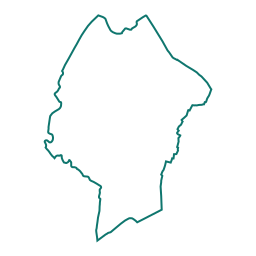 Don Phut, Saraburi, Thailand
{"feature_id": "78962969B98799129016302", "entity_name": "Don Phut", "entity_type": "district", "adm_level": 2, "iso_a3": "THA", "parent_name": "Thailand", "parent_adm1": "Saraburi", "projection": "robinson", "projection_center": [100.605, 14.605], "detail": "fine", "context": "isolated", "style": "outline", "palette": "teal", "viewbox_px": 256, "rotation_deg": 0, "n_neighbors": 0, "source": "geoboundaries", "source_scale": "gbopen_adm2", "svg_char_len": 5463}
<svg xmlns="http://www.w3.org/2000/svg" viewBox="0 0 256 256"><path d="M173.7,58.2L172.6,57.4L169.1,52.3L167.6,50.5L163.8,43.7L162.6,41.5L153.5,26.7L146.5,15.8L146.2,15.6L145.8,15.5L144.9,16.0L142.7,17.3L136.8,21.3L136.7,21.6L136.7,21.8L136.6,22.3L136.8,23.4L136.9,24.0L136.8,24.5L136.7,24.9L136.5,25.1L135.8,26.1L135.3,26.5L135.0,26.7L132.1,28.4L131.9,28.6L131.5,29.3L131.4,29.4L131.3,29.6L131.0,29.7L130.6,29.7L130.1,29.7L129.9,29.7L129.4,29.5L126.2,28.4L125.8,28.4L125.5,28.5L125.1,28.6L124.8,29.0L122.4,31.9L122.2,32.2L121.9,33.2L119.9,33.7L116.9,33.7L115.2,33.2L112.9,32.2L111.9,31.5L111.1,30.9L110.5,30.2L108.4,26.3L107.3,23.9L106.9,22.9L105.5,19.0L105.1,18.5L104.7,18.2L103.9,17.6L102.8,17.0L98.3,15.4L91.7,21.7L88.0,25.9L84.3,31.2L81.6,35.3L78.9,40.1L76.7,44.2L74.6,47.8L68.5,58.9L65.0,65.0L63.0,69.4L62.1,71.0L62.5,71.5L62.7,71.9L62.8,72.1L63.0,72.9L63.0,73.2L63.0,73.7L62.9,74.2L62.8,74.4L62.6,74.7L62.4,74.9L61.9,75.2L61.7,75.4L61.3,75.8L61.0,76.3L58.9,81.3L58.7,81.8L58.6,82.2L58.6,82.7L58.6,83.8L58.9,84.7L59.5,85.6L59.7,86.1L59.9,86.6L60.0,87.0L59.9,87.3L59.8,87.6L59.6,87.9L59.0,88.4L58.9,88.6L58.7,89.2L58.4,89.7L58.0,90.5L57.7,90.9L57.2,91.5L56.8,91.9L55.8,92.6L55.1,93.2L55.0,93.3L54.8,93.6L54.7,94.0L54.7,94.4L54.9,94.9L55.1,95.3L55.4,95.7L55.9,96.3L56.6,97.3L59.3,101.6L59.5,101.8L59.9,101.9L60.2,102.0L60.6,102.1L60.9,102.2L61.0,102.4L61.1,102.7L61.2,103.1L61.2,103.5L61.0,105.9L60.6,107.0L60.0,108.0L59.0,109.0L58.4,109.4L55.0,111.4L52.3,113.3L50.3,115.9L50.0,117.1L48.5,127.3L48.6,127.8L48.6,128.1L48.5,129.3L48.2,131.4L48.2,132.2L48.4,132.7L48.5,132.9L48.6,133.0L50.0,133.8L50.3,133.9L50.8,134.0L51.3,134.2L51.7,134.4L52.1,134.6L52.3,134.9L52.5,135.4L52.7,135.9L52.8,136.3L53.0,137.5L53.0,138.0L52.9,139.2L52.8,139.6L52.6,140.2L52.1,141.1L51.6,141.7L51.1,142.1L50.7,142.3L50.0,142.4L49.4,142.3L49.3,142.2L47.9,141.0L47.4,140.6L46.7,140.3L46.3,140.3L45.9,140.4L45.7,140.4L45.2,140.7L44.9,141.0L44.8,141.3L44.8,141.6L44.7,141.8L44.8,142.1L45.0,142.5L45.4,143.2L45.9,144.4L46.1,145.0L46.1,145.7L46.1,146.1L46.0,146.5L45.9,147.0L45.6,147.5L45.8,147.8L47.0,149.3L48.1,150.4L48.8,151.3L49.5,152.2L50.4,153.6L50.7,154.0L52.1,155.8L52.6,156.3L53.8,157.3L54.5,158.2L55.0,157.6L55.2,157.2L55.8,156.4L56.4,156.0L56.9,155.7L57.3,155.6L58.0,155.5L58.3,155.6L58.9,155.7L59.3,155.7L59.7,155.6L59.9,155.6L60.4,155.2L60.6,155.2L61.1,155.2L61.4,155.3L61.5,155.4L61.6,155.5L61.7,155.8L61.7,156.1L61.8,157.8L61.9,158.3L62.3,159.3L62.8,160.5L63.8,162.2L63.9,162.4L64.0,162.5L64.9,162.7L65.3,162.8L65.6,162.9L65.9,163.0L66.4,163.0L66.6,162.9L66.8,162.8L67.6,162.4L68.1,162.0L68.5,161.5L69.2,160.1L69.3,160.1L69.5,160.1L69.7,160.3L70.2,161.0L71.0,162.0L71.1,162.4L71.2,162.6L71.2,165.5L71.2,165.8L71.3,166.1L71.5,166.5L71.9,166.9L72.1,167.0L72.3,167.1L72.8,167.2L73.1,167.2L74.4,167.2L74.8,167.3L75.8,167.6L76.4,167.9L76.6,168.2L76.9,168.8L77.1,169.0L77.4,169.2L77.9,169.3L78.3,169.6L79.4,170.5L80.3,171.4L80.7,171.9L81.4,172.9L82.0,173.5L82.3,174.0L83.0,175.5L83.3,175.9L83.9,176.2L84.0,176.2L84.3,176.3L87.4,176.6L87.9,176.7L88.2,176.9L88.4,177.0L88.6,177.3L88.9,177.8L89.4,178.7L89.6,179.4L89.8,179.8L90.0,180.0L90.3,180.2L91.1,180.8L93.6,181.9L95.5,183.0L96.9,183.8L98.0,184.5L99.1,185.2L100.5,186.0L100.9,186.5L101.0,186.8L101.1,187.2L101.1,187.5L101.0,187.8L100.8,188.1L100.0,189.2L99.8,189.4L99.7,189.7L99.7,190.3L99.7,190.9L99.8,192.1L99.9,192.7L99.8,193.3L99.7,193.8L99.2,195.6L99.0,196.5L99.0,196.8L99.0,197.3L99.2,197.7L99.5,198.2L100.1,198.7L100.2,198.8L100.3,198.9L100.3,199.1L100.3,199.4L99.9,202.4L99.8,204.5L99.6,206.5L99.5,210.1L99.4,211.2L98.0,217.6L97.5,221.7L96.9,225.7L96.8,226.8L96.7,227.6L96.6,228.4L96.2,230.0L96.2,230.7L96.3,231.9L97.1,237.5L97.4,240.6L105.6,234.5L106.9,233.8L108.0,233.0L108.8,232.7L110.4,232.3L110.9,232.0L112.9,230.3L120.8,223.7L125.1,220.5L128.0,218.9L129.2,218.3L130.0,218.2L132.0,218.3L133.3,219.0L135.7,220.8L137.2,222.3L146.8,217.4L148.9,216.3L159.6,210.8L161.7,209.7L161.2,196.1L160.6,186.5L161.1,182.8L161.2,182.0L161.2,181.4L161.2,180.7L161.8,178.0L162.3,175.9L162.3,175.7L161.2,174.6L162.5,171.4L162.9,170.8L163.2,170.5L163.6,169.8L164.5,167.2L165.1,165.3L166.0,161.4L170.7,162.6L171.7,160.0L172.0,158.9L172.2,158.3L173.5,158.5L173.6,158.1L174.0,154.2L175.9,154.1L176.2,154.1L176.4,154.0L176.5,153.9L176.9,152.9L177.9,150.8L178.0,150.6L177.9,150.4L177.9,150.0L177.8,149.3L177.8,148.9L178.0,148.2L178.1,147.7L177.2,147.2L177.2,146.7L177.5,145.9L178.0,143.9L178.6,141.6L178.6,141.1L178.5,140.6L178.5,139.8L178.4,138.1L179.4,137.0L180.0,136.0L180.3,135.6L180.3,135.4L178.8,134.7L178.2,134.4L177.8,134.1L177.4,133.7L177.2,133.4L177.1,133.2L177.1,132.9L177.2,132.6L178.6,130.8L178.7,130.7L177.9,129.8L177.5,129.2L178.6,127.1L178.7,126.8L179.3,126.1L179.6,125.9L180.8,124.9L181.1,124.6L182.4,121.8L182.6,121.6L181.6,120.0L182.2,119.4L184.1,117.8L186.6,115.5L188.2,110.2L188.3,110.1L189.6,110.5L192.2,105.5L192.3,105.3L192.4,105.2L194.3,105.4L195.2,105.3L196.6,105.4L197.3,105.3L198.2,105.1L198.6,105.0L199.0,105.0L199.5,104.9L199.9,104.9L201.0,104.9L202.2,104.7L202.4,104.6L203.1,104.3L203.3,104.3L204.0,104.3L204.4,103.2L204.5,103.0L204.6,102.9L204.7,102.3L204.8,102.1L205.8,102.1L206.0,101.9L206.4,101.0L207.0,99.0L207.3,98.4L207.8,97.4L208.1,97.0L208.7,96.1L209.2,95.1L209.6,94.1L211.3,89.3L211.0,89.0L207.2,82.7L201.6,76.6L201.0,76.1L199.3,74.9L198.6,74.2L197.4,73.0L196.8,72.4L193.0,69.9L186.3,65.9L177.4,59.8L177.2,60.0L176.7,59.8L175.5,59.1L173.7,58.2Z" fill="none" stroke="#0f766e" stroke-width="2"/></svg>